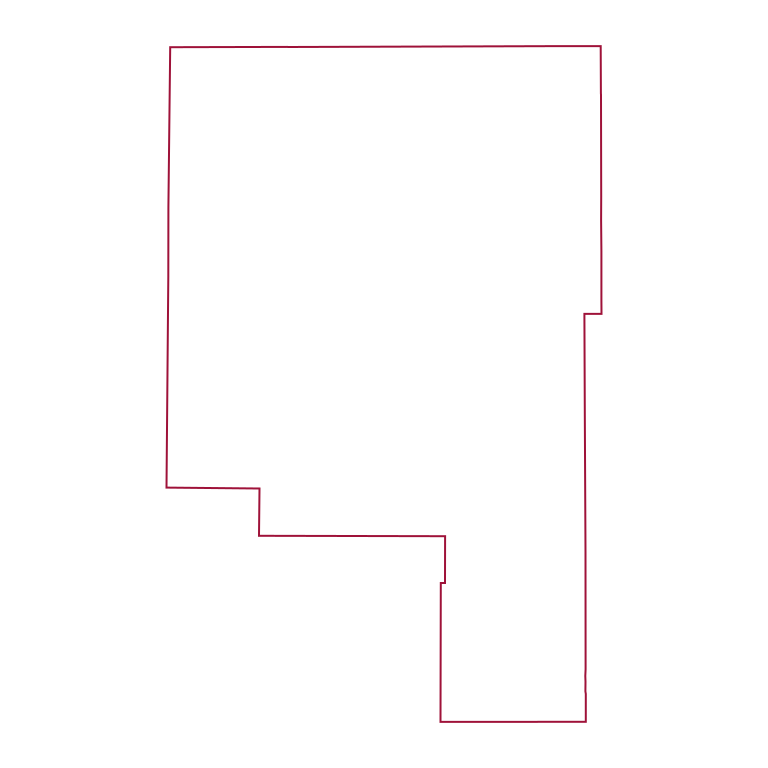 outline of Union, New Mexico, United States of America
{"feature_id": "52423323B81982192352260", "entity_name": "Union", "entity_type": "district", "adm_level": 2, "iso_a3": "USA", "parent_name": "United States of America", "parent_adm1": "New Mexico", "projection": "orthographic", "projection_center": [-103.293, 36.37], "detail": "fine", "context": "isolated", "style": "outline", "palette": "rose", "viewbox_px": 768, "rotation_deg": 0, "n_neighbors": 0, "source": "geoboundaries", "source_scale": "gbopen_adm2", "svg_char_len": 539}
<svg xmlns="http://www.w3.org/2000/svg" viewBox="0 0 768 768"><path d="M601.5,313.9L601.4,299.9L601.4,259.1L601.4,251.3L601.1,220.2L601.2,196.5L601.0,94.6L600.9,93.5L600.7,46.1L564.8,46.1L534.9,46.2L287.8,47.0L287.3,46.9L170.2,47.2L168.4,207.2L168.3,276.9L166.7,464.3L166.5,487.6L259.5,488.5L259.0,535.8L445.1,536.2L445.0,583.0L440.8,583.0L440.5,721.9L585.8,721.8L585.8,693.9L585.4,691.3L585.5,681.8L585.3,675.9L585.6,669.2L585.5,552.6L584.8,412.0L584.8,411.6L584.4,313.9L601.5,313.9Z" fill="none" stroke="#9f1239" stroke-width="2"/></svg>